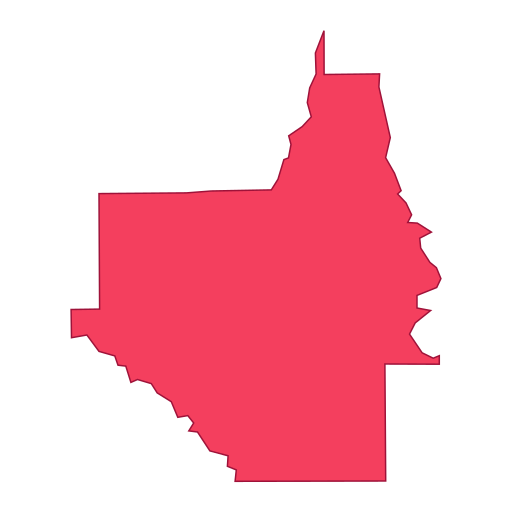 Dallas, Alabama, United States of America
{"feature_id": "52423323B88662766732523", "entity_name": "Dallas", "entity_type": "district", "adm_level": 2, "iso_a3": "USA", "parent_name": "United States of America", "parent_adm1": "Alabama", "projection": "robinson", "projection_center": [-87.077, 32.389], "detail": "fine", "context": "isolated", "style": "filled", "palette": "rose", "viewbox_px": 512, "rotation_deg": 0, "n_neighbors": 0, "source": "geoboundaries", "source_scale": "gbopen_adm2", "svg_char_len": 958}
<svg xmlns="http://www.w3.org/2000/svg" viewBox="0 0 512 512"><path d="M71.1,309.5L71.5,337.7L86.9,335.0L99.0,351.4L114.8,355.9L118.0,365.2L125.8,366.1L130.9,382.4L137.5,379.5L151.3,383.6L157.2,392.9L171.3,401.7L177.8,417.3L187.8,415.6L193.7,423.0L188.8,430.9L197.5,432.0L209.9,450.9L228.1,455.8L227.4,466.3L236.3,469.9L235.1,481.3L385.7,481.0L384.9,364.0L439.3,364.2L439.3,355.7L433.2,358.2L422.1,352.8L409.5,334.1L415.2,322.9L430.6,310.5L417.0,308.0L417.0,295.4L436.7,287.5L440.9,278.6L436.4,267.7L429.9,262.4L420.7,248.1L419.7,238.2L431.4,232.1L417.3,223.1L407.7,222.5L411.6,214.8L406.0,202.9L397.6,194.0L401.1,190.7L394.5,173.3L385.6,157.7L390.3,137.6L378.9,87.0L379.6,73.9L324.1,74.5L324.0,30.7L315.4,53.0L316.1,74.0L309.7,87.9L307.3,102.6L311.3,116.8L302.2,126.6L288.7,135.8L291.0,144.5L288.5,157.9L283.9,159.6L278.0,179.2L271.3,189.9L211.2,191.0L186.4,192.9L99.0,193.6L99.6,309.1L71.1,309.5Z" fill="#f43f5e" stroke="#9f1239" stroke-width="1.5"/></svg>